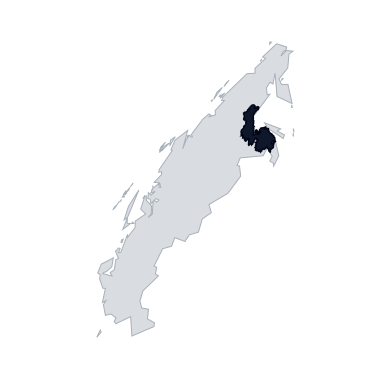 Khabarovsk highlighted on a map of Russia, rotated 308°
{"feature_id": "RUS-2614", "entity_name": "Khabarovsk", "entity_type": "Territory", "adm_level": 1, "iso_a3": "RUS", "parent_name": "Russia", "parent_adm1": "", "projection": "robinson", "projection_center": [136.924, 54.6], "detail": "fine", "context": "in_parent", "style": "filled", "palette": "ink", "viewbox_px": 384, "rotation_deg": 308, "n_neighbors": 0, "source": "natural_earth", "source_scale": "10m", "svg_char_len": 9451}
<svg xmlns="http://www.w3.org/2000/svg" viewBox="0 0 384 384"><g transform="rotate(308 192 192)"><path d="M274.0,238.1L262.7,240.4L264.8,238.5L264.2,234.2L269.3,233.3L273.1,224.2L264.4,225.8L248.6,209.0L240.6,211.2L241.7,213.5L234.5,220.6L213.2,221.1L192.6,213.1L187.6,219.9L177.0,216.7L164.3,221.8L156.6,216.3L148.7,216.9L145.4,206.5L136.7,209.3L129.2,203.8L110.3,207.7L110.9,210.6L104.9,213.6L105.3,217.2L83.8,214.2L74.0,218.1L69.6,223.8L72.8,229.9L64.6,235.0L65.8,243.0L62.5,244.8L41.5,233.3L56.0,220.4L41.4,213.1L42.0,210.5L46.0,209.4L46.0,203.3L41.5,199.7L48.6,191.6L53.4,191.1L49.7,189.5L62.7,183.1L61.3,181.0L66.6,172.7L70.2,170.7L70.1,167.6L79.3,164.9L91.7,170.6L83.7,174.8L76.5,173.6L74.7,172.2L72.8,172.0L76.6,180.7L78.2,177.1L82.8,178.7L91.7,173.7L94.4,175.0L98.2,168.2L102.8,168.7L103.1,170.3L98.8,171.4L100.7,173.0L119.0,167.3L116.6,169.2L129.2,169.0L134.0,165.2L146.2,169.0L146.9,162.1L158.9,157.7L160.9,158.3L157.3,161.2L156.2,168.6L149.7,173.3L144.9,173.0L150.1,174.4L159.7,167.7L162.4,167.4L162.2,170.4L165.3,170.9L164.6,167.6L157.5,166.8L160.6,163.4L159.5,161.3L164.7,158.0L164.2,161.7L168.5,162.5L169.9,162.5L165.7,160.2L170.9,159.0L178.5,160.6L175.3,163.3L176.4,164.5L179.3,160.7L176.3,156.2L186.8,157.3L189.3,155.6L187.1,153.6L189.9,152.3L212.7,150.9L212.2,149.4L222.3,146.7L237.9,150.7L220.2,158.1L230.3,155.1L235.3,155.3L234.8,157.9L235.0,158.3L235.7,158.4L236.9,156.1L255.9,155.7L264.0,157.3L264.2,159.7L261.4,158.9L267.2,163.0L270.4,160.1L284.0,161.2L282.4,159.1L285.4,157.8L319.1,162.5L324.4,168.5L328.2,165.5L342.8,167.8L341.8,164.5L360.9,167.4L364.5,177.4L361.9,178.6L358.3,177.4L353.9,178.4L361.6,179.3L365.1,184.8L360.4,183.5L348.7,191.1L334.7,190.9L331.9,196.3L335.8,201.4L323.3,216.4L319.6,200.2L336.8,184.3L326.9,189.3L326.6,185.9L320.0,186.5L314.9,191.4L317.0,193.2L289.1,193.8L274.5,205.3L288.2,209.7L285.7,223.7L274.0,238.1ZM160.8,148.9L132.5,156.8L128.2,155.7L141.6,150.8L160.8,148.9ZM291.2,206.6L296.3,223.1L292.5,221.5L293.9,229.7L290.4,231.0L288.9,212.7L291.2,206.6ZM119.9,160.5L131.9,157.0L127.4,160.1L129.4,163.0L119.9,160.5ZM278.3,152.0L286.2,150.2L293.1,151.5L278.3,152.0ZM209.7,141.5L216.6,144.0L205.8,142.8L209.7,141.5ZM208.1,139.8L215.0,140.4L204.3,141.0L208.1,139.8ZM219.8,143.1L225.3,144.8L214.6,146.0L219.8,143.1ZM294.6,152.3L298.6,151.8L302.9,152.4L294.6,152.3ZM18.9,206.4L26.6,204.7L25.7,206.7L18.9,206.4ZM135.6,140.8L140.2,140.5L131.1,141.1L135.6,140.8ZM285.8,155.4L290.2,156.9L283.3,156.5L285.8,155.4ZM112.5,166.8L109.1,168.0L108.5,167.2L110.7,166.0L112.5,166.8ZM144.3,140.2L148.6,139.9L150.1,140.3L144.3,140.2ZM157.4,140.2L154.8,140.9L152.2,140.7L153.5,140.2L157.4,140.2ZM161.1,140.3L158.0,140.2L162.9,140.0L161.1,140.3ZM131.6,163.6L131.5,165.5L130.1,164.1L131.6,163.6ZM207.5,141.9L204.5,142.4L203.1,141.7L207.5,141.9ZM147.6,139.4L152.8,139.2L150.4,139.7L147.6,139.4ZM358.9,162.4L356.3,162.1L358.3,161.0L358.9,162.4ZM132.4,140.3L135.2,140.6L129.0,140.6L132.4,140.3ZM159.5,157.1L156.3,157.3L159.6,157.0L159.5,157.1ZM233.9,153.8L234.9,154.9L232.8,154.3L233.9,153.8ZM340.0,165.1L338.1,165.6L336.9,165.2L340.0,165.1ZM150.3,141.1L148.3,140.8L151.7,141.1L150.3,141.1ZM151.3,139.7L152.2,140.2L149.8,139.9L151.3,139.7ZM304.2,232.6L303.7,233.8L301.9,235.5L304.2,232.6ZM146.5,141.1L147.5,141.5L145.5,141.5L146.5,141.1ZM170.8,158.8L168.3,159.3L167.8,159.2L170.8,158.8ZM337.2,194.1L335.3,193.7L336.9,193.1L337.2,194.1ZM285.5,154.5L284.6,155.3L284.0,154.7L285.5,154.5ZM279.7,204.3L280.0,205.8L279.0,205.5L279.7,204.3ZM321.9,216.9L320.5,219.0L320.0,218.4L321.9,216.9ZM142.8,141.2L140.6,141.4L140.1,141.2L142.8,141.2ZM173.1,157.3L172.1,158.1L171.8,157.9L173.1,157.3ZM277.0,151.4L275.7,151.8L276.1,150.8L277.0,151.4ZM298.6,237.0L301.1,235.4L298.6,237.4L298.6,237.0Z" fill="#d9dde1" stroke="#a8b0b8" stroke-width="1"/><path d="M273.2,224.2L272.4,223.9L273.3,223.9L273.6,223.7L273.8,223.2L272.8,223.2L272.4,222.8L272.1,223.0L271.4,223.1L271.0,222.8L270.0,222.6L269.7,221.5L268.8,221.4L268.7,221.0L267.9,221.2L267.9,220.9L267.3,220.6L267.0,221.0L266.9,221.4L266.5,221.1L265.7,221.4L265.8,220.8L265.8,220.3L265.5,220.0L265.8,219.9L265.9,219.4L265.4,219.2L265.8,218.7L265.4,218.1L265.2,218.2L265.0,217.9L264.6,218.0L264.5,217.8L264.8,217.5L264.6,217.2L264.2,217.2L264.2,217.4L264.5,216.6L264.3,216.3L264.7,216.2L265.0,215.6L265.3,215.6L265.6,215.2L266.0,215.3L265.8,214.3L267.8,214.0L268.1,213.8L268.1,213.5L268.3,213.6L268.5,213.2L269.1,212.9L269.9,213.0L270.4,212.7L270.0,212.1L270.1,211.9L270.0,211.6L271.4,211.9L273.1,212.2L273.2,211.8L273.5,211.6L273.2,211.4L273.3,211.3L273.1,211.1L273.3,210.9L273.2,210.7L273.7,210.4L273.7,210.0L273.9,209.9L273.6,209.6L273.8,209.4L273.0,208.8L272.8,208.9L272.7,209.1L271.8,209.3L270.8,209.0L270.0,209.4L269.9,209.7L267.5,209.9L267.3,210.2L267.0,210.2L267.0,209.9L266.1,209.9L266.3,209.7L266.0,208.4L265.3,208.3L264.9,208.4L263.8,208.0L264.1,207.4L264.6,206.9L265.4,206.8L265.7,206.2L267.4,205.2L267.4,204.9L267.6,204.7L268.3,204.7L268.2,204.3L268.8,204.3L269.0,204.1L269.0,203.8L269.6,203.8L269.1,203.7L268.9,203.5L268.9,203.3L268.7,203.0L268.4,202.9L267.1,203.2L265.5,203.2L265.1,203.0L265.0,202.4L265.3,201.7L265.6,201.5L265.7,200.9L266.1,200.7L266.3,200.9L266.5,200.6L266.8,200.7L266.7,200.8L266.9,200.8L266.8,200.7L266.9,200.3L267.2,200.1L267.1,199.7L266.4,199.2L266.5,199.1L266.1,198.9L265.9,198.9L265.7,198.7L266.1,198.5L266.6,198.6L266.8,198.5L266.8,198.1L267.1,197.9L267.6,197.7L267.8,197.5L267.2,197.0L267.3,196.8L266.9,196.5L266.9,196.4L266.6,196.1L267.1,196.1L267.8,196.5L268.0,196.4L267.8,196.2L268.2,195.9L268.2,195.6L268.0,195.2L268.7,195.2L269.0,194.7L268.9,194.4L269.1,194.1L269.5,194.1L269.7,193.8L269.6,193.7L270.9,193.0L272.2,193.0L273.2,193.3L273.6,193.2L273.9,193.4L274.6,193.4L275.1,192.7L275.8,192.3L276.5,192.6L277.9,192.8L279.4,192.2L279.7,191.7L280.6,191.5L280.6,191.8L281.1,191.8L280.9,191.4L281.1,191.1L281.0,190.3L281.2,189.9L281.0,189.7L281.4,189.1L280.9,188.6L281.0,188.4L281.1,188.0L282.0,187.8L281.9,187.6L282.0,187.4L282.4,187.4L282.8,187.1L283.7,187.0L284.0,186.5L284.5,186.1L284.6,185.7L285.2,185.5L285.3,184.6L285.9,184.5L286.0,184.1L286.8,184.3L286.8,184.5L287.3,184.4L287.8,185.1L288.2,185.4L288.5,185.4L288.5,185.5L289.1,185.4L289.3,185.7L289.6,185.8L289.6,186.0L290.2,185.7L290.8,185.9L291.1,185.4L291.3,185.3L291.6,185.5L292.1,185.5L292.0,185.8L292.2,186.0L292.7,185.6L292.8,186.3L293.4,186.3L294.0,186.0L294.1,185.7L294.4,185.5L294.8,185.4L295.3,185.7L295.9,185.7L296.5,185.5L297.5,185.9L298.3,186.6L298.4,187.1L298.7,187.2L298.6,187.5L298.7,188.0L298.7,188.3L298.2,188.5L298.3,189.0L298.1,189.2L297.4,189.0L296.3,189.7L296.6,189.9L296.5,190.2L296.9,190.4L298.1,190.2L298.3,190.6L298.8,190.7L298.8,191.0L299.0,191.2L299.5,191.1L299.8,191.3L299.9,191.7L299.7,191.8L299.9,192.0L299.8,192.6L299.3,192.7L298.4,192.5L298.2,192.6L298.3,193.2L297.7,193.4L297.2,193.1L297.4,192.6L297.1,192.6L296.8,192.5L295.4,192.7L293.1,192.6L292.2,192.9L291.5,192.7L289.6,193.4L289.1,193.8L288.2,194.8L286.4,195.8L286.0,197.0L285.0,197.3L284.5,198.0L284.1,198.0L283.7,198.5L283.2,198.6L282.6,198.9L282.5,199.3L282.0,199.4L281.9,199.9L281.8,199.7L281.6,199.8L281.2,200.4L280.9,200.5L281.2,200.8L280.8,200.9L280.4,201.1L280.0,201.7L279.4,202.0L279.1,202.2L278.0,203.0L277.2,203.3L276.6,204.0L275.1,204.7L274.4,205.3L274.6,205.7L275.5,205.8L275.7,206.1L277.4,206.0L277.7,205.8L277.7,206.0L278.1,205.9L278.2,206.0L278.1,206.5L277.9,206.5L278.1,206.8L277.9,206.9L278.0,207.3L277.7,207.9L277.8,208.3L278.4,208.1L278.7,208.3L278.9,208.1L279.1,207.6L278.8,207.6L278.6,207.3L279.3,206.8L280.1,206.8L279.5,207.5L279.4,207.3L279.1,207.4L279.2,207.6L279.8,207.8L280.4,207.8L279.8,208.2L279.5,208.7L278.9,208.9L279.2,209.1L280.5,208.9L281.0,208.7L281.3,208.5L281.5,208.0L282.0,207.7L282.0,208.2L281.2,209.2L281.7,209.1L282.1,208.5L282.4,207.7L282.4,207.4L282.1,207.5L282.3,207.0L282.1,206.9L283.6,207.2L284.6,206.9L284.7,207.1L285.6,207.6L285.8,207.8L285.7,208.1L286.4,208.7L287.6,209.2L287.3,209.2L287.2,209.3L288.3,209.7L288.2,209.9L288.3,210.0L288.2,210.4L287.8,210.4L288.0,210.5L287.8,210.6L287.1,210.2L286.7,210.3L287.2,210.5L287.6,210.9L288.0,211.0L287.9,211.2L288.1,211.5L287.7,212.2L288.7,213.0L288.3,213.1L288.2,213.4L288.4,213.6L287.9,213.9L287.7,214.3L287.3,214.5L287.3,214.9L287.1,215.0L287.3,215.1L287.2,215.2L286.8,215.4L286.9,216.2L286.5,216.7L286.3,217.1L286.5,217.4L286.3,217.6L286.6,218.2L286.5,218.7L286.9,218.9L286.3,219.5L286.6,219.8L286.6,220.4L286.4,221.2L286.1,221.2L286.3,221.3L286.2,221.8L285.9,222.0L286.3,222.1L285.9,222.7L285.8,223.6L283.7,225.6L283.2,226.7L282.8,226.5L282.1,226.5L282.3,226.1L282.0,225.9L282.7,225.6L282.7,225.4L282.1,224.9L282.2,224.6L282.4,224.6L282.4,224.4L282.0,224.4L281.9,223.8L281.5,223.7L280.5,224.3L279.5,224.4L279.2,224.7L279.9,225.3L279.5,225.6L280.9,225.9L280.7,226.1L280.9,226.2L281.0,226.4L279.5,227.3L278.6,227.0L278.3,227.4L278.4,227.8L277.5,228.5L276.7,228.6L276.3,228.3L276.0,228.5L275.5,228.2L274.6,228.1L274.8,227.8L274.5,227.5L274.0,227.3L273.8,227.5L273.5,227.4L273.0,227.6L272.7,228.0L272.4,228.8L271.5,229.0L271.6,227.9L272.0,227.5L271.8,227.1L271.9,226.9L272.8,226.5L273.3,225.8L272.8,224.9L273.2,224.2ZM280.4,204.9L281.1,204.8L280.7,205.1L280.6,205.4L280.0,205.9L279.5,205.2L278.9,205.5L279.7,204.3L280.5,204.5L280.4,204.9ZM278.8,204.5L278.6,205.1L277.7,205.1L278.0,204.8L278.8,204.5ZM280.0,206.7L280.5,206.3L280.3,206.6L280.0,206.7ZM279.8,206.1L279.9,206.6L279.7,206.6L279.7,206.2L279.8,206.1ZM283.4,206.1L283.5,206.0L283.4,206.1Z" fill="#0f172a" stroke="#020617" stroke-width="1.5"/></g></svg>